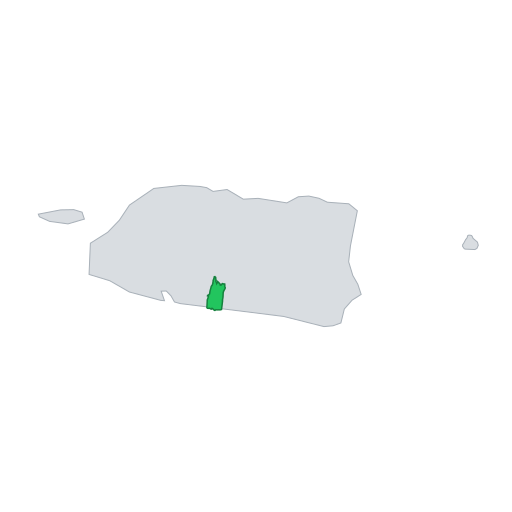 location of Vega Baja, Puerto Rico, rotated 185°
{"feature_id": "32010507B42725289573863", "entity_name": "Vega Baja", "entity_type": "district", "adm_level": 2, "iso_a3": "PRI", "parent_name": "Puerto Rico", "parent_adm1": "", "projection": "equal_earth", "projection_center": [-66.393, 18.418], "detail": "fine", "context": "in_parent", "style": "filled", "palette": "green", "viewbox_px": 512, "rotation_deg": 185, "n_neighbors": 0, "source": "geoboundaries", "source_scale": "gbopen_adm2", "svg_char_len": 2520}
<svg xmlns="http://www.w3.org/2000/svg" viewBox="0 0 512 512"><g transform="rotate(185 256 256)"><path d="M337.2,208.9L342.3,213.3L347.4,212.7L343.3,203.5L347.0,203.5L379.0,209.1L399.5,218.6L420.7,223.1L422.1,254.3L405.8,266.7L395.2,279.8L386.5,295.7L363.7,314.4L336.2,319.9L317.9,320.4L311.1,319.8L304.4,316.6L290.6,319.7L273.6,311.5L258.9,313.6L229.9,311.6L219.0,318.7L208.6,320.3L198.3,319.0L189.6,315.8L168.1,316.1L159.0,309.9L162.8,274.4L163.2,258.3L157.9,245.1L152.1,236.7L147.9,226.9L156.4,220.4L163.4,210.9L165.6,196.7L173.2,193.2L182.1,191.6L223.2,198.2L327.3,202.0L333.2,203.1L337.2,208.9ZM454.7,284.9L441.6,286.3L433.1,284.5L430.2,277.8L446.1,271.6L464.6,272.5L475.2,276.2L476.5,278.7L454.7,284.9ZM46.3,295.2L44.7,295.4L43.1,295.2L42.4,294.5L41.3,292.5L36.6,289.1L35.5,286.0L36.6,282.8L38.5,281.5L48.2,281.1L49.2,281.4L51.1,283.7L51.1,285.3L50.2,286.8L48.5,290.8L47.8,291.7L47.2,292.8L47.0,294.5L46.3,295.2Z" fill="#d9dde1" stroke="#a8b0b8" stroke-width="1"/><path d="M300.4,200.2L299.7,199.7L298.7,199.7L297.8,199.9L297.5,199.8L296.6,199.3L295.8,199.2L295.7,199.2L295.6,199.4L295.4,200.0L295.0,200.0L294.4,199.4L293.9,199.2L293.6,199.1L293.5,198.9L292.8,198.3L292.7,198.3L292.3,198.2L292.2,198.2L291.3,199.0L290.1,198.9L289.2,199.1L288.9,199.1L287.4,199.2L287.1,199.2L286.5,199.4L285.7,199.7L285.5,205.0L285.5,205.8L285.4,207.5L285.4,208.3L285.5,208.3L285.6,209.5L285.5,209.9L285.4,210.1L285.4,210.9L285.3,212.3L285.5,216.6L285.3,217.5L285.1,218.2L285.1,218.4L284.0,220.8L283.9,221.4L283.9,221.8L284.3,222.5L284.5,223.3L284.5,224.1L284.5,224.4L284.8,225.4L285.3,225.2L285.7,225.2L286.0,225.4L287.2,225.6L287.3,225.5L287.8,224.5L288.0,224.3L288.4,223.9L289.1,223.9L289.2,224.0L289.2,224.7L289.4,225.0L290.2,225.7L291.4,226.8L291.6,226.9L291.9,227.1L291.8,226.7L291.9,226.1L292.6,225.6L292.8,225.2L292.9,225.6L293.4,226.6L293.9,227.4L293.7,227.7L293.9,228.7L293.9,229.4L294.2,230.2L294.3,230.4L294.2,230.8L294.4,231.3L294.7,231.4L295.1,231.8L295.3,231.6L295.6,231.7L295.9,231.4L295.7,230.7L296.0,230.1L296.1,229.0L296.2,228.8L296.5,228.4L296.6,227.8L296.4,227.3L296.5,226.6L296.7,226.2L296.5,225.2L296.8,224.4L297.1,223.0L297.7,222.3L298.0,221.6L298.0,221.2L298.2,220.0L298.7,217.4L298.8,216.1L298.9,214.2L299.1,214.0L299.3,213.7L299.7,213.2L300.0,213.0L300.8,212.5L300.8,212.3L300.6,212.4L300.2,212.1L299.9,212.1L299.9,211.9L300.1,210.4L300.3,209.3L300.7,208.2L300.7,207.4L300.6,205.8L300.6,205.5L300.6,205.3L300.5,202.5L300.5,201.7L300.4,200.2Z" fill="#22c55e" stroke="#15803d" stroke-width="1.5"/></g></svg>